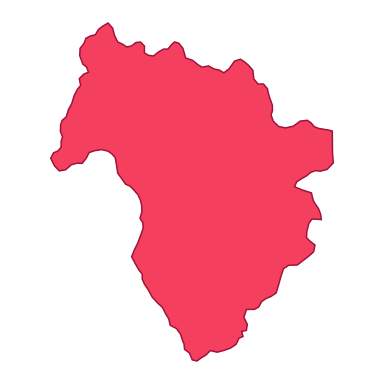 Atílio Vivacqua, Espírito Santo, Brazil (Robinson projection)
{"feature_id": "56859067B41366298318676", "entity_name": "Atílio Vivacqua", "entity_type": "district", "adm_level": 2, "iso_a3": "BRA", "parent_name": "Brazil", "parent_adm1": "Espírito Santo", "projection": "robinson", "projection_center": [-41.188, -20.969], "detail": "fine", "context": "isolated", "style": "filled", "palette": "rose", "viewbox_px": 384, "rotation_deg": 0, "n_neighbors": 0, "source": "geoboundaries", "source_scale": "gbopen_adm2", "svg_char_len": 2272}
<svg xmlns="http://www.w3.org/2000/svg" viewBox="0 0 384 384"><path d="M333.3,162.9L332.5,152.8L332.4,141.1L332.3,131.0L327.7,129.9L322.9,129.1L318.6,128.4L314.3,126.7L311.2,123.0L307.4,120.3L300.2,121.1L293.3,126.2L285.4,127.9L278.6,126.5L273.2,121.1L271.1,115.0L272.5,110.5L272.3,104.9L270.4,99.7L268.6,94.3L267.4,88.7L263.5,84.0L258.0,84.0L253.8,78.9L252.9,70.4L248.5,65.3L244.6,61.9L240.4,59.2L234.5,61.1L229.2,68.7L223.9,72.8L218.9,69.9L214.0,69.0L208.5,65.9L202.2,67.2L198.1,64.8L192.6,60.3L185.7,58.0L182.9,48.3L178.8,43.2L174.5,41.9L171.1,45.1L167.9,49.1L163.6,49.1L158.7,51.8L153.5,56.0L148.5,55.3L144.4,52.9L144.5,46.1L140.5,42.0L135.9,42.5L131.6,45.9L126.7,47.0L123.0,44.4L117.7,41.9L114.5,35.3L112.6,28.1L108.1,23.0L102.5,26.3L98.4,29.5L95.4,34.7L90.7,35.9L86.0,38.2L83.9,43.6L80.1,48.3L79.7,55.6L82.8,64.1L86.4,66.9L88.5,72.2L83.7,74.1L79.3,78.7L80.6,85.5L77.6,89.0L74.2,95.5L71.6,103.9L68.5,109.5L66.2,116.9L62.2,120.3L60.6,124.9L60.4,131.5L62.5,136.8L61.1,141.4L61.1,147.2L57.9,151.0L53.5,152.8L50.7,158.3L54.7,166.1L59.3,170.9L65.6,169.8L71.3,164.8L77.0,163.2L82.2,163.4L86.2,158.3L89.2,152.5L94.7,150.7L101.6,149.6L108.1,151.2L111.9,153.9L115.2,157.6L116.6,165.6L117.7,173.2L121.6,178.5L125.6,184.2L130.0,186.1L133.9,190.0L138.0,194.8L140.5,200.4L141.7,205.8L141.9,211.9L140.0,218.2L142.9,223.0L143.1,228.4L141.0,234.4L137.8,243.0L134.4,249.8L131.6,256.7L135.4,263.9L138.9,270.0L142.3,274.3L142.2,279.1L144.5,284.2L148.5,290.2L152.2,297.1L157.5,302.9L162.6,307.6L165.6,313.7L168.8,318.9L170.2,325.3L176.4,328.5L180.4,333.9L182.2,339.4L184.1,344.3L184.5,349.3L189.4,353.0L192.3,359.9L196.9,361.0L201.8,357.5L205.9,355.1L210.3,350.6L217.2,352.2L223.4,350.6L230.3,348.2L236.1,344.3L239.0,338.2L243.0,336.5L241.7,331.4L246.4,330.4L247.3,324.3L243.9,317.3L246.5,309.4L254.3,309.4L258.7,307.0L261.7,301.5L266.1,298.5L270.8,296.6L276.2,292.9L278.4,285.5L280.8,276.9L283.5,268.7L288.8,265.2L297.3,265.0L309.3,255.7L313.7,251.7L315.0,245.0L309.9,241.1L306.5,237.6L306.8,231.8L308.9,223.3L311.8,219.2L316.5,219.2L321.3,219.6L320.6,214.2L318.5,208.6L315.8,204.8L313.3,200.6L311.4,192.9L302.4,190.0L294.6,186.8L296.7,181.8L301.7,178.6L306.8,175.7L310.5,172.5L315.5,170.6L320.2,171.2L327.0,169.5L333.3,162.9Z" fill="#f43f5e" stroke="#9f1239" stroke-width="1.5"/></svg>